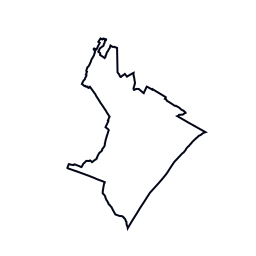 outline of Mosna, Iasi, Romania, rotated 249°
{"feature_id": "2599482B14546086998292", "entity_name": "Mosna", "entity_type": "district", "adm_level": 2, "iso_a3": "ROU", "parent_name": "Romania", "parent_adm1": "Iasi", "projection": "orthographic", "projection_center": [27.981, 46.915], "detail": "fine", "context": "isolated", "style": "outline", "palette": "ink", "viewbox_px": 256, "rotation_deg": 249, "n_neighbors": 0, "source": "geoboundaries", "source_scale": "gbopen_adm2", "svg_char_len": 5718}
<svg xmlns="http://www.w3.org/2000/svg" viewBox="0 0 256 256"><g transform="rotate(249 128 128)"><path d="M185.6,100.7L183.4,102.1L183.0,102.2L182.6,103.1L182.1,103.1L181.9,103.3L181.4,104.5L181.3,104.4L181.1,104.4L179.9,105.3L180.0,105.4L179.5,105.7L179.5,105.9L180.2,106.9L180.2,107.2L171.3,109.6L169.0,109.8L167.2,110.2L163.0,111.1L161.5,111.3L158.5,112.1L153.9,113.1L151.9,113.6L151.2,113.7L150.5,113.7L146.9,114.5L146.3,114.5L145.1,114.9L144.8,114.5L144.2,113.8L143.7,113.4L143.1,112.9L142.2,111.9L141.5,112.2L136.8,107.3L133.8,109.1L133.5,109.2L133.0,109.2L132.8,109.2L132.1,108.6L131.4,107.9L131.0,107.7L130.2,107.1L129.0,106.1L128.5,105.7L127.3,104.7L126.5,104.2L125.2,103.1L123.2,101.8L122.3,101.3L122.0,101.1L121.9,100.9L121.6,100.7L120.4,100.2L120.1,100.0L119.8,99.8L119.5,99.5L119.1,99.0L118.8,98.4L118.1,97.5L117.4,96.2L116.7,96.0L116.5,95.8L116.2,95.5L115.8,94.7L115.3,93.1L115.0,92.4L114.6,91.7L113.5,90.5L112.4,89.2L112.2,89.1L111.4,88.5L111.4,88.3L111.2,88.1L110.5,87.6L110.5,87.3L110.1,86.5L110.1,86.3L110.1,85.8L109.0,82.2L111.0,81.2L111.3,81.0L111.3,80.8L111.3,80.7L111.1,80.0L111.1,79.9L111.4,79.4L111.8,78.3L111.9,78.2L112.2,77.4L112.2,77.2L112.0,76.6L111.3,75.3L111.1,74.6L110.8,73.9L110.7,73.5L109.0,71.7L108.9,71.4L108.3,70.7L108.2,70.5L108.6,70.0L109.8,68.9L112.2,66.2L112.6,65.8L113.3,64.9L113.0,64.5L112.9,64.2L113.0,63.7L113.7,62.5L114.0,61.9L114.3,61.4L114.6,61.1L115.5,59.9L115.4,59.6L115.0,59.4L112.9,57.4L112.6,57.2L112.3,57.1L112.2,57.2L111.3,58.1L104.2,66.5L98.2,73.4L93.2,78.9L92.8,79.3L92.2,79.8L91.0,81.1L87.3,85.3L85.7,86.9L84.7,85.9L84.4,85.6L82.5,84.4L80.6,83.3L79.7,82.8L79.0,82.4L78.7,82.1L77.5,81.6L77.2,81.5L76.5,81.1L76.1,81.0L75.4,81.2L74.5,81.7L73.4,82.0L72.4,82.2L72.0,82.2L71.7,82.1L71.3,82.0L69.9,82.0L68.4,82.1L67.3,82.4L66.4,82.5L65.3,82.7L64.8,82.7L64.2,82.6L63.9,82.6L63.6,82.7L62.5,83.4L61.6,83.6L61.1,83.7L60.3,84.2L59.9,84.3L58.9,84.3L57.4,84.5L56.3,84.5L55.4,84.8L54.7,84.8L53.1,85.1L52.3,85.1L51.9,85.2L51.7,85.3L51.6,85.5L51.2,86.0L50.8,86.4L50.2,87.1L49.0,88.5L48.4,89.7L47.8,90.8L47.6,91.1L47.2,91.3L46.8,91.4L46.1,92.0L45.3,92.0L44.6,92.5L44.3,92.6L43.7,92.7L43.2,92.7L42.2,92.6L41.9,92.6L41.0,92.9L40.5,92.8L40.1,92.6L39.8,92.5L38.2,92.1L37.3,92.1L37.0,92.1L36.8,92.2L36.3,92.2L35.0,92.0L34.6,91.9L40.2,99.0L45.4,106.0L49.0,110.6L52.8,115.9L59.7,125.3L66.0,137.8L67.2,140.0L69.0,143.3L69.7,144.5L71.6,147.7L73.0,149.7L75.9,153.6L79.3,158.4L80.2,159.9L80.8,161.3L84.8,169.5L85.2,171.1L86.9,174.0L87.7,174.8L88.2,175.6L88.5,176.2L88.8,176.8L89.2,177.6L89.3,178.3L89.8,179.2L90.1,179.6L90.6,180.5L90.8,181.1L91.0,181.5L91.8,182.7L92.4,184.0L92.6,184.5L93.2,185.9L93.6,187.0L94.1,188.0L94.3,188.7L94.6,189.8L94.9,190.3L95.3,191.2L95.4,193.2L95.5,193.5L95.6,194.1L95.9,194.6L96.4,196.8L96.4,197.5L96.3,198.7L96.3,198.9L100.5,195.4L111.2,186.5L121.4,178.3L121.4,178.8L121.4,179.3L121.4,179.5L121.6,179.8L122.0,180.3L122.0,180.5L121.5,181.7L121.5,181.9L121.4,182.6L121.1,183.1L120.9,183.8L121.0,184.6L121.3,185.5L121.4,185.9L121.5,186.3L121.5,187.2L121.8,187.2L122.2,187.0L123.0,186.7L124.1,186.1L124.8,185.6L125.1,185.1L126.1,184.4L126.7,184.0L128.0,183.5L128.5,183.2L130.4,181.7L131.0,181.0L131.2,180.9L131.5,180.8L131.6,180.7L131.7,180.0L131.8,179.8L131.9,179.7L137.4,175.7L139.5,174.0L140.0,173.9L140.4,174.0L140.8,174.0L141.1,173.9L142.0,172.9L143.2,174.3L145.6,172.5L154.3,165.7L155.5,164.8L155.1,164.4L155.9,163.8L157.3,162.6L158.4,161.7L159.7,160.6L159.9,160.4L159.0,159.3L158.3,158.7L155.8,156.0L155.0,155.3L154.9,155.2L155.8,154.6L156.7,154.1L158.6,153.1L160.6,152.0L160.7,151.8L161.3,150.4L161.5,149.4L161.6,149.1L161.5,148.7L161.4,148.3L161.3,147.6L161.5,147.2L162.4,147.2L163.0,147.3L164.9,148.8L165.8,149.5L166.4,149.7L166.5,149.8L166.7,150.2L166.8,150.3L168.0,150.8L170.8,151.3L171.4,151.5L172.2,151.7L173.9,151.9L174.1,152.0L174.5,151.9L175.6,152.2L177.0,152.7L177.5,153.0L177.5,152.6L177.3,151.9L177.3,151.2L176.9,148.8L176.7,147.3L176.6,146.6L176.3,145.5L179.6,144.4L179.4,143.8L178.7,141.0L178.6,140.6L178.4,140.1L178.2,139.9L178.3,139.4L178.6,139.2L179.9,138.9L180.2,139.0L181.2,139.0L182.8,138.4L183.6,138.2L183.8,138.2L206.7,146.5L207.3,145.9L208.0,144.8L208.5,144.7L208.8,144.0L209.1,143.0L209.2,142.7L209.5,142.3L209.7,142.2L210.2,142.1L210.4,141.9L210.7,141.7L211.3,141.2L210.4,140.5L209.2,139.5L209.0,139.4L208.3,138.1L207.5,137.4L206.9,136.7L206.4,135.7L206.1,135.4L204.8,134.3L204.2,133.9L204.0,133.7L203.9,133.4L203.6,133.0L203.3,132.8L202.7,132.7L202.0,131.9L201.7,131.2L202.9,130.5L204.0,129.7L206.1,128.1L206.5,128.2L207.2,128.7L207.4,128.8L207.6,128.8L208.0,128.8L208.4,128.6L209.3,127.8L209.8,127.6L210.1,128.1L210.5,128.5L210.9,128.9L211.6,129.4L212.1,129.9L212.5,130.5L212.6,130.9L212.8,131.7L213.2,132.8L213.3,133.1L213.3,133.3L213.3,133.7L213.4,134.2L213.6,134.5L213.9,134.8L214.2,135.1L214.7,135.3L214.9,135.4L215.3,136.0L215.7,136.5L217.8,137.8L217.7,138.7L217.9,138.9L218.3,139.3L218.6,139.3L219.0,139.1L219.1,138.9L219.2,138.6L219.2,138.0L219.2,137.9L219.5,137.7L220.2,137.5L220.3,137.3L220.3,137.0L220.0,136.7L220.2,136.4L220.0,136.0L219.9,135.7L220.7,135.1L220.7,134.9L221.4,134.4L220.4,133.0L219.1,131.2L217.7,132.2L215.0,129.2L212.6,126.7L213.5,125.8L214.3,125.0L214.4,124.9L214.3,124.6L214.2,124.4L214.0,124.2L213.4,124.3L212.9,124.4L212.4,124.7L211.9,124.8L211.7,124.8L210.8,124.2L210.4,124.2L210.2,124.1L209.7,123.5L208.5,122.6L207.4,121.5L206.1,119.9L205.1,118.6L204.3,117.8L203.1,117.0L202.9,116.8L202.7,116.5L200.9,114.7L199.5,113.0L199.4,112.0L196.9,109.9L196.4,109.7L195.5,109.4L195.2,109.8L193.4,108.3L192.9,108.1L192.8,107.9L192.4,108.2L191.6,107.8L190.6,106.7L190.1,105.9L189.1,105.3L188.8,104.9L188.5,104.3L188.3,103.6L186.6,101.7L185.6,100.7Z" fill="none" stroke="#020617" stroke-width="2"/></g></svg>